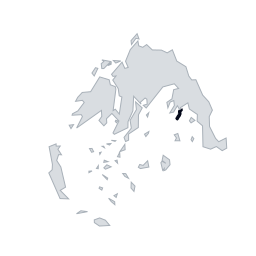 Ayion Oros highlighted on a map of Greece, rotated 71°
{"feature_id": "GRC-2992", "entity_name": "Ayion Oros", "entity_type": "Autonomous Monastic State", "adm_level": 1, "iso_a3": "GRC", "parent_name": "Greece", "parent_adm1": "", "projection": "equal_earth", "projection_center": [24.14, 40.287], "detail": "fine", "context": "in_parent", "style": "filled", "palette": "ink", "viewbox_px": 256, "rotation_deg": 71, "n_neighbors": 0, "source": "natural_earth", "source_scale": "10m", "svg_char_len": 4216}
<svg xmlns="http://www.w3.org/2000/svg" viewBox="0 0 256 256"><g transform="rotate(71 128 128)"><path d="M169.4,38.5L179.2,41.2L180.1,46.3L174.3,50.5L174.9,56.8L170.1,63.2L150.2,56.8L144.1,60.4L137.8,58.0L130.0,63.8L123.7,63.2L125.8,71.8L132.6,74.1L135.2,78.8L126.7,73.3L123.0,74.1L127.8,79.7L127.4,83.6L121.8,76.8L117.0,75.8L117.2,79.7L121.9,83.7L116.4,82.9L114.8,77.0L106.6,72.3L107.1,67.3L101.3,69.8L100.5,81.7L115.0,104.3L111.5,106.2L111.7,102.1L106.9,100.8L105.2,102.1L106.2,104.4L107.7,108.0L109.7,107.9L99.8,112.3L113.4,117.8L122.0,125.9L127.7,128.0L129.5,143.0L127.8,143.8L118.4,134.3L109.0,138.5L112.2,145.3L116.2,146.4L118.1,150.1L111.4,153.0L108.5,149.0L102.7,147.4L111.3,176.6L102.4,167.4L100.2,167.8L97.7,176.7L96.5,175.9L95.5,169.8L89.6,161.1L87.0,162.1L85.7,168.9L82.6,165.5L79.5,159.7L81.5,151.5L70.5,138.1L76.3,130.1L81.4,130.6L84.7,126.6L87.3,126.8L106.7,136.4L106.1,133.9L112.0,131.7L96.7,123.7L94.7,125.8L87.6,124.4L77.7,126.8L74.9,122.4L74.3,125.4L71.9,126.1L63.8,112.2L70.6,111.6L70.8,108.1L64.1,108.6L54.6,100.3L48.9,90.3L53.8,91.1L56.5,87.8L55.2,83.2L62.1,79.6L65.2,71.1L69.7,66.5L68.5,60.6L80.6,60.1L88.9,53.3L98.7,53.6L103.3,52.1L104.5,48.1L121.2,46.7L129.5,43.1L138.6,42.4L143.7,47.5L153.1,50.4L166.3,48.6L170.5,46.7L169.4,38.5ZM125.3,201.2L131.7,199.6L130.6,202.3L135.5,206.0L143.0,204.2L163.6,206.3L164.9,212.4L175.7,207.2L172.6,215.2L144.7,217.5L142.8,213.3L137.8,211.3L120.0,208.7L119.6,201.2L121.7,201.8L123.0,198.0L125.3,201.2ZM113.6,108.0L118.9,113.8L130.9,118.1L133.9,129.4L139.7,131.4L140.0,134.7L135.6,134.8L129.2,124.9L121.4,123.5L113.4,114.1L105.8,112.3L113.6,108.0ZM176.4,100.2L179.9,106.0L180.0,108.0L178.1,106.9L179.3,109.0L171.5,108.2L170.5,106.7L173.7,103.7L169.8,106.3L165.2,103.6L171.6,99.1L176.4,100.2ZM206.5,190.6L203.9,189.8L203.8,184.1L207.8,179.4L214.2,177.0L211.4,186.9L206.5,190.6ZM170.4,129.5L168.5,131.0L166.3,128.8L168.3,125.9L165.4,120.1L171.7,121.0L170.4,129.5ZM59.5,122.7L63.9,131.5L63.3,133.4L58.5,132.4L57.2,129.1L55.1,130.5L59.5,122.7ZM50.2,97.5L46.4,96.7L41.8,88.7L47.4,88.6L45.8,91.3L50.2,97.5ZM157.0,83.1L155.4,87.7L153.2,85.4L149.5,86.5L149.4,82.7L157.0,83.1ZM185.2,140.3L189.9,143.0L185.7,144.7L180.3,142.6L185.2,140.3ZM143.7,66.7L141.2,67.6L138.6,64.8L142.6,62.2L143.7,66.7ZM61.8,137.1L67.8,143.0L64.3,144.2L60.4,139.1L61.8,137.1ZM159.6,162.7L157.8,163.8L155.9,160.0L159.2,156.6L159.6,162.7ZM147.6,137.8L147.7,143.4L142.4,136.3L147.6,137.8ZM193.9,193.5L192.3,204.6L190.9,199.5L193.9,193.5ZM62.6,118.4L59.4,119.9L62.3,113.0L62.6,118.4ZM110.0,182.1L106.2,182.7L107.1,178.4L110.0,182.1ZM188.1,169.2L193.4,164.6L196.2,165.4L192.1,167.8L188.1,169.2ZM169.3,147.8L170.4,145.0L175.7,143.9L172.8,146.7L169.3,147.8ZM153.3,157.9L152.6,162.1L150.7,160.9L153.3,157.9ZM153.0,145.1L151.7,147.3L148.4,143.8L153.0,145.1ZM141.9,113.9L139.2,114.4L138.1,109.4L139.7,110.4L141.9,113.9ZM161.8,71.6L159.6,72.2L157.1,70.1L159.5,69.2L161.8,71.6ZM139.2,168.2L139.1,170.3L134.9,171.1L135.6,168.7L139.2,168.2ZM170.1,164.5L163.6,167.5L168.8,163.5L170.1,164.5ZM136.4,144.6L134.2,147.8L136.0,143.7L136.4,144.6ZM157.9,149.3L154.7,150.9L154.8,148.8L157.9,149.3ZM178.2,173.0L175.6,175.0L174.4,174.0L176.4,171.5L178.2,173.0ZM189.8,161.8L187.4,163.3L186.7,159.5L189.8,161.8ZM138.1,151.0L136.0,153.5L137.1,149.2L138.1,151.0ZM62.3,123.3L62.4,126.8L60.7,122.6L62.3,123.3ZM156.8,169.4L156.0,171.0L153.9,168.3L156.8,169.4ZM124.0,105.9L121.7,106.4L120.3,103.4L124.0,105.9ZM119.3,137.2L117.6,137.9L116.7,137.1L118.0,135.5L119.3,137.2ZM139.0,156.7L136.9,158.4L137.3,156.9L139.0,156.7ZM156.9,176.0L157.5,179.5L156.1,179.0L156.9,176.0ZM143.8,163.2L142.0,163.0L142.1,161.3L143.8,163.2Z" fill="#d9dde1" stroke="#a8b0b8" stroke-width="1"/><path d="M128.5,72.6L128.6,72.4L128.6,72.2L128.5,71.9L128.2,71.4L128.4,71.2L128.2,71.0L128.6,71.0L129.0,71.4L129.5,72.4L129.7,72.7L130.1,73.1L130.6,73.4L131.0,73.2L131.2,73.3L131.8,73.5L132.0,73.5L132.3,74.2L132.4,74.4L133.0,74.4L133.7,75.1L134.8,76.7L136.0,78.0L136.2,78.7L135.6,79.2L134.7,79.4L134.4,79.3L134.2,78.9L134.1,78.5L133.8,78.2L133.4,78.0L133.1,77.8L132.6,77.0L132.2,76.2L131.8,75.5L131.0,75.1L129.4,74.8L128.8,74.6L128.4,74.3L128.5,74.1L128.5,73.7L128.5,73.3L128.5,72.6L128.5,72.6Z" fill="#0f172a" stroke="#020617" stroke-width="1.5"/></g></svg>